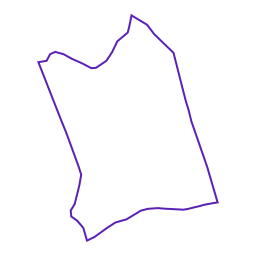 Santa Maria do Cambucá, Pernambuco, Brazil
{"feature_id": "56859067B44765551907851", "entity_name": "Santa Maria do Cambucá", "entity_type": "district", "adm_level": 2, "iso_a3": "BRA", "parent_name": "Brazil", "parent_adm1": "Pernambuco", "projection": "equal_earth", "projection_center": [-35.886, -7.823], "detail": "fine", "context": "isolated", "style": "outline", "palette": "violet", "viewbox_px": 256, "rotation_deg": 0, "n_neighbors": 0, "source": "geoboundaries", "source_scale": "gbopen_adm2", "svg_char_len": 732}
<svg xmlns="http://www.w3.org/2000/svg" viewBox="0 0 256 256"><path d="M38.4,62.2L61.7,121.6L66.3,132.8L78.8,167.1L81.2,174.7L79.3,185.6L74.7,204.0L70.7,210.6L71.3,216.5L77.2,220.7L83.3,227.9L87.0,240.6L94.6,236.9L107.3,227.7L115.4,222.5L126.6,219.3L140.9,210.6L148.0,208.8L157.9,208.1L162.3,208.5L166.7,208.8L173.0,209.1L183.2,209.7L187.7,209.0L194.1,207.4L199.2,206.2L204.6,204.7L209.4,203.8L217.6,202.4L207.3,167.3L204.3,158.5L191.4,121.4L188.6,110.1L185.6,100.3L173.5,52.8L162.8,42.5L154.0,33.9L147.0,24.7L139.8,20.4L131.5,15.4L129.2,26.9L127.7,32.6L117.3,41.3L112.2,52.0L106.4,60.8L96.0,67.8L91.4,68.2L81.8,63.2L71.9,58.8L63.3,54.1L55.2,51.9L50.1,54.2L46.6,60.8L38.4,62.2Z" fill="none" stroke="#5b21b6" stroke-width="2"/></svg>